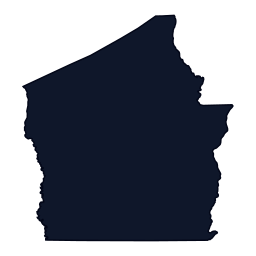 the district of Apuí, Amazonas, Brazil
{"feature_id": "56859067B24093092109347", "entity_name": "Apuí", "entity_type": "district", "adm_level": 2, "iso_a3": "BRA", "parent_name": "Brazil", "parent_adm1": "Amazonas", "projection": "robinson", "projection_center": [-59.713, -7.593], "detail": "fine", "context": "isolated", "style": "filled", "palette": "ink", "viewbox_px": 256, "rotation_deg": 0, "n_neighbors": 0, "source": "geoboundaries", "source_scale": "gbopen_adm2", "svg_char_len": 5724}
<svg xmlns="http://www.w3.org/2000/svg" viewBox="0 0 256 256"><path d="M42.5,194.4L42.4,193.8L42.7,193.7L43.1,194.1L43.3,195.2L43.1,195.5L42.8,196.2L42.2,196.5L41.9,197.0L42.3,197.7L42.8,198.1L43.1,198.7L43.4,200.4L43.8,201.8L42.9,202.4L42.6,202.3L42.3,202.0L42.0,201.9L41.3,202.7L40.9,202.6L40.7,202.4L40.0,203.2L39.7,204.3L39.8,205.1L40.1,205.7L40.3,206.2L40.6,206.4L40.3,206.7L40.0,206.9L40.2,207.9L38.5,209.5L38.1,210.5L38.2,210.8L38.6,211.0L38.6,211.4L37.6,211.7L37.3,211.6L37.0,211.7L37.0,212.0L37.3,212.9L37.3,213.6L37.5,214.0L38.1,214.6L38.6,215.8L39.1,215.8L39.3,215.9L39.2,216.2L38.6,216.7L38.3,217.2L37.3,217.4L37.5,217.9L38.3,218.8L39.3,219.1L39.5,219.4L39.3,219.9L39.4,220.3L40.4,220.9L40.7,221.0L41.2,220.7L41.5,220.7L42.3,219.7L42.7,219.4L43.0,219.5L43.1,219.8L43.0,220.2L42.6,220.9L41.9,221.2L41.6,221.4L41.5,221.9L41.9,222.8L42.8,224.2L43.8,224.5L44.0,225.4L44.7,225.5L45.3,226.8L45.6,226.9L45.6,226.4L45.8,226.0L46.1,225.9L46.4,226.0L46.9,226.8L46.9,227.6L46.5,227.6L45.8,227.8L45.5,227.8L45.3,227.5L45.1,227.6L44.9,227.8L44.8,228.7L44.9,229.1L45.2,229.7L45.3,230.4L45.5,230.2L45.8,230.2L46.0,230.4L46.2,230.8L46.1,231.2L45.8,231.3L45.3,231.0L45.3,231.8L45.0,232.2L45.2,232.5L45.3,233.3L45.6,234.2L45.5,234.9L44.9,235.4L44.7,235.8L45.2,236.6L46.2,236.6L46.7,236.9L47.2,236.6L47.5,236.8L47.8,237.3L47.7,238.0L47.4,238.5L47.1,238.6L46.0,238.2L45.8,238.5L45.7,239.4L45.8,240.0L80.2,240.4L151.7,240.6L207.7,240.2L208.7,239.4L209.4,239.2L209.9,239.6L212.2,237.9L214.9,234.5L215.4,234.0L216.8,233.4L217.3,232.8L217.1,232.1L215.2,231.1L213.2,231.3L212.6,231.5L212.0,231.8L210.9,232.7L210.2,232.9L209.0,232.4L208.5,232.0L208.2,231.3L208.3,230.6L209.2,228.6L210.1,225.8L210.9,224.6L211.1,223.2L211.4,222.5L212.0,222.0L212.1,221.2L211.8,220.5L211.3,219.8L210.8,219.5L210.4,218.9L210.4,217.8L210.7,216.9L210.8,215.9L210.6,215.0L210.0,214.6L209.6,212.6L209.8,211.4L210.9,209.0L211.2,209.1L211.5,208.7L211.7,207.2L213.4,205.3L214.4,203.0L215.0,202.4L214.9,201.4L215.4,200.2L215.1,198.7L215.3,198.0L215.8,197.6L217.3,197.0L217.9,196.6L218.2,195.9L218.3,195.2L218.1,194.4L217.3,193.2L217.1,192.5L217.4,191.8L217.7,191.2L217.7,189.7L217.8,189.0L217.6,187.5L217.8,186.7L218.4,185.3L218.0,183.1L217.6,182.5L217.6,181.7L218.0,180.3L220.2,178.6L220.5,177.8L220.1,176.2L220.1,175.6L220.4,174.9L220.6,174.1L220.4,173.3L217.7,168.2L217.4,166.8L217.4,165.2L216.9,163.0L215.0,160.7L214.2,158.6L213.5,157.3L213.3,156.5L213.4,154.0L213.3,153.3L212.6,152.1L212.5,151.4L212.7,150.6L213.1,149.8L213.6,149.3L214.2,148.8L216.1,148.1L216.7,147.7L220.0,144.6L220.3,144.0L220.7,142.5L220.9,139.4L221.1,138.6L221.5,138.0L223.4,135.8L224.4,133.7L226.5,131.6L227.1,131.2L227.5,130.6L227.6,129.9L227.5,128.4L226.8,126.2L226.3,124.8L226.0,123.3L225.8,121.6L226.6,118.8L226.7,117.9L226.5,116.3L226.6,115.5L227.7,113.3L229.9,109.6L232.1,107.3L232.9,106.0L232.0,104.8L203.1,105.5L199.8,104.7L199.3,103.3L198.9,102.8L198.3,102.4L197.9,101.8L197.2,100.4L197.1,99.6L197.8,99.3L198.3,98.8L198.5,97.9L199.1,97.3L199.7,97.1L200.7,95.0L200.6,94.1L200.0,93.5L199.3,93.2L198.2,92.0L197.9,91.4L198.6,91.0L200.8,90.2L201.0,89.5L200.0,88.3L200.2,87.4L201.1,85.0L201.7,84.8L202.6,83.5L203.7,79.2L203.4,77.7L202.6,77.4L202.0,77.9L201.3,78.0L200.5,77.7L200.3,76.9L199.7,76.2L199.0,76.3L198.2,75.9L197.6,76.0L197.0,77.5L196.4,77.1L196.3,76.2L195.6,76.5L194.8,76.4L194.4,75.8L193.6,73.4L192.9,73.2L192.2,73.6L190.8,70.9L190.7,69.3L189.8,68.2L188.8,66.3L188.3,65.8L186.9,65.6L186.2,65.1L185.3,64.1L184.1,63.5L183.8,62.8L183.2,62.4L183.0,60.9L182.6,60.3L182.5,59.6L181.9,59.6L181.2,59.7L181.0,59.0L180.5,58.5L179.8,57.3L179.6,56.5L179.5,53.6L179.1,52.1L177.6,50.5L175.9,49.1L175.5,47.7L174.7,46.5L173.8,45.5L173.0,42.7L173.0,39.8L173.2,39.1L173.3,38.3L172.6,36.3L172.7,35.4L172.5,34.7L172.8,34.1L172.8,32.6L173.1,32.0L173.1,30.4L173.4,29.7L173.5,29.0L174.1,27.7L174.6,27.1L174.9,25.6L175.6,23.7L175.6,22.9L175.8,22.2L175.8,20.7L175.6,19.2L174.6,17.2L174.8,16.5L174.1,15.4L162.2,16.0L155.7,16.1L138.1,28.3L121.2,38.3L90.7,55.4L69.7,64.8L23.1,86.5L23.8,87.4L24.3,87.8L25.4,88.3L26.1,90.1L27.0,91.6L27.4,93.4L26.8,94.1L27.1,95.0L27.2,96.3L28.3,98.8L28.4,99.9L28.3,100.9L28.0,101.8L28.0,105.7L26.9,110.9L26.9,111.7L27.2,112.6L27.4,113.9L27.3,115.2L27.3,117.2L27.2,117.7L25.1,121.7L24.9,122.5L25.0,123.9L25.5,125.5L24.6,127.3L24.7,129.4L24.6,130.1L25.2,130.8L26.0,133.3L25.8,134.2L25.0,134.9L25.0,135.9L25.9,137.2L27.5,138.4L28.2,138.8L28.9,138.7L29.5,138.2L30.5,138.4L31.4,138.4L32.2,138.9L32.2,139.2L32.0,140.2L32.1,140.5L33.5,141.8L34.2,143.2L34.0,144.4L33.8,144.6L33.5,144.5L33.3,144.7L33.8,146.0L34.1,146.4L36.0,147.1L36.0,147.4L35.5,148.1L35.2,149.4L35.3,150.1L36.3,150.9L36.7,151.8L38.3,153.5L38.4,153.8L38.2,154.1L37.5,154.7L37.3,155.5L37.4,155.9L37.6,156.1L37.6,156.7L37.5,157.2L38.0,157.3L38.1,157.6L37.5,158.0L37.0,158.7L37.4,159.2L38.2,159.2L38.5,159.8L38.5,160.3L38.4,160.6L38.0,161.0L38.0,161.4L38.1,161.7L39.9,162.8L39.8,163.3L40.0,164.1L41.0,164.8L41.0,165.1L40.8,165.7L40.8,166.0L41.4,166.6L41.6,167.2L42.1,167.6L43.2,168.0L43.1,168.4L42.7,168.5L41.3,168.7L41.1,169.4L41.2,169.8L41.6,170.2L42.3,170.6L43.1,170.7L43.6,171.1L43.4,171.9L43.6,172.5L43.5,173.3L44.0,174.0L44.3,175.5L45.1,175.8L45.0,176.1L44.6,176.5L44.1,178.2L43.4,178.7L43.7,180.6L43.4,181.2L43.3,182.0L42.3,183.4L41.9,183.2L41.6,183.3L40.9,184.4L40.8,184.7L41.4,185.8L41.5,185.5L41.6,184.6L41.9,184.6L42.3,185.0L42.4,185.4L42.6,186.8L42.5,187.7L42.6,188.1L42.2,188.6L41.9,188.7L40.8,187.6L40.5,187.5L40.5,187.9L41.5,189.2L42.1,190.4L42.7,190.7L42.7,191.0L42.2,191.6L41.9,191.7L41.3,191.2L40.3,192.4L40.4,193.1L40.8,193.4L41.5,193.5L42.0,193.9L42.1,194.3L42.5,194.4ZM42.5,194.4L42.0,195.2L42.2,195.4L42.6,195.2L42.7,194.8L42.5,194.4Z" fill="#0f172a" stroke="#020617" stroke-width="1.5"/></svg>